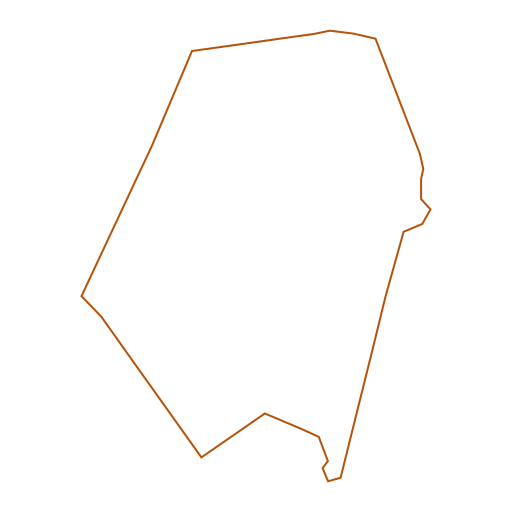 Madeinat Kassala, Kassala, Sudan (Equal Earth projection)
{"feature_id": "16777658B62122659764533", "entity_name": "Madeinat Kassala", "entity_type": "district", "adm_level": 2, "iso_a3": "SDN", "parent_name": "Sudan", "parent_adm1": "Kassala", "projection": "equal_earth", "projection_center": [36.396, 15.436], "detail": "fine", "context": "isolated", "style": "outline", "palette": "amber", "viewbox_px": 512, "rotation_deg": 0, "n_neighbors": 0, "source": "geoboundaries", "source_scale": "gbopen_adm2", "svg_char_len": 445}
<svg xmlns="http://www.w3.org/2000/svg" viewBox="0 0 512 512"><path d="M201.4,457.4L264.8,413.5L301.5,429.0L318.8,436.9L327.9,461.1L322.6,468.1L328.1,481.3L340.6,477.7L374.1,343.2L385.4,297.0L403.6,231.8L422.3,223.9L430.5,209.3L421.1,199.2L421.1,179.1L423.3,169.0L419.8,153.6L375.5,38.7L353.4,33.6L329.8,30.7L314.7,33.8L192.0,51.0L152.2,145.2L81.5,296.1L101.5,316.9L123.5,348.0L201.4,457.4Z" fill="none" stroke="#b45309" stroke-width="2"/></svg>